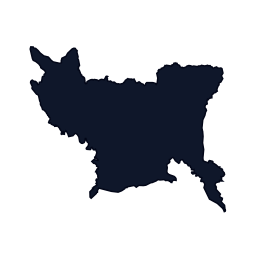 Phunphin, Surat Thani, Thailand (Mercator projection), rotated 96°
{"feature_id": "78962969B67039244737250", "entity_name": "Phunphin", "entity_type": "district", "adm_level": 2, "iso_a3": "THA", "parent_name": "Thailand", "parent_adm1": "Surat Thani", "projection": "mercator", "projection_center": [99.13, 9.024], "detail": "fine", "context": "isolated", "style": "filled", "palette": "ink", "viewbox_px": 256, "rotation_deg": 96, "n_neighbors": 0, "source": "geoboundaries", "source_scale": "gbopen_adm2", "svg_char_len": 5738}
<svg xmlns="http://www.w3.org/2000/svg" viewBox="0 0 256 256"><g transform="rotate(96 128 128)"><path d="M200.7,158.5L201.7,157.3L196.4,152.7L195.4,152.6L195.1,151.7L193.0,151.8L190.8,150.7L192.7,137.9L192.8,131.1L191.1,127.8L188.7,124.9L187.6,124.5L187.3,122.7L186.6,122.6L184.6,116.3L184.7,115.5L186.0,113.6L183.9,111.2L183.6,106.6L183.0,104.3L180.0,99.6L179.7,98.2L177.6,94.4L176.2,92.9L176.3,90.6L175.5,86.5L176.3,85.3L175.9,82.3L176.1,81.4L176.7,81.3L176.7,80.0L177.6,79.6L177.6,78.7L176.1,78.4L175.0,77.1L175.1,74.7L173.5,74.9L172.3,75.7L171.3,77.2L170.1,82.1L168.9,84.2L167.1,84.9L163.4,84.8L160.7,85.6L160.0,85.4L158.2,83.3L157.3,82.9L155.0,83.5L154.6,82.5L153.2,81.4L152.6,80.4L153.1,79.4L155.6,77.5L157.8,73.9L157.2,73.1L155.0,72.8L154.0,71.6L153.8,70.4L156.8,68.1L157.2,65.6L159.2,64.1L159.3,62.1L160.6,61.6L161.4,60.6L162.8,60.5L162.9,59.5L162.4,58.0L165.2,57.6L165.0,59.8L165.5,60.1L166.2,59.9L167.0,58.7L166.0,55.8L166.5,55.3L168.6,55.6L168.7,55.2L167.7,53.1L169.4,51.3L169.7,49.4L173.2,50.1L173.5,49.8L173.5,47.4L174.8,46.3L176.3,45.7L179.4,46.2L190.2,39.5L193.6,31.3L197.7,25.8L199.0,24.6L201.1,23.5L200.7,22.7L200.0,22.5L198.7,22.8L197.2,24.4L197.1,23.4L194.8,23.9L191.9,27.3L191.1,27.6L189.4,26.8L188.0,26.8L187.0,29.4L185.5,29.8L184.1,29.2L179.7,34.1L178.2,33.9L177.4,34.7L176.9,34.3L175.9,35.4L175.2,35.6L173.0,34.7L171.9,31.5L170.7,31.5L171.0,30.6L170.8,28.5L169.9,29.9L169.0,29.5L166.6,30.4L166.7,29.3L165.7,27.9L164.1,27.1L162.4,27.7L161.0,29.3L159.9,29.6L160.0,30.1L159.1,30.1L159.1,30.7L158.3,31.6L158.2,32.8L157.6,33.2L157.2,33.0L157.4,34.0L155.4,36.6L153.7,40.3L152.8,40.0L152.3,40.5L151.9,43.3L152.4,43.4L152.4,44.1L154.2,44.5L153.4,48.1L152.7,49.8L150.0,50.4L141.5,50.5L135.0,52.3L128.5,52.5L123.2,53.5L122.5,54.1L121.8,54.0L120.4,54.5L112.1,54.5L107.4,52.9L104.0,52.5L102.4,51.8L101.0,52.4L99.8,53.6L97.9,53.7L96.5,53.1L96.0,51.9L95.1,51.8L94.0,52.3L91.7,52.1L91.5,51.3L91.1,51.5L91.1,51.1L89.9,50.0L89.2,47.9L88.6,48.3L88.3,47.8L86.8,48.1L85.6,47.6L85.0,46.7L84.4,46.7L83.4,44.4L82.5,44.0L82.0,43.1L80.9,43.6L79.4,43.5L76.8,42.8L75.6,42.0L73.6,42.2L72.6,40.5L69.0,38.9L66.3,40.6L63.5,39.3L59.1,40.8L58.6,41.9L59.0,43.1L58.9,45.5L58.0,46.2L58.9,48.3L59.9,49.5L58.4,50.9L58.6,51.6L57.4,52.8L57.7,54.7L57.3,55.3L58.3,58.1L58.0,61.5L58.7,62.3L59.0,64.5L59.5,64.6L59.7,65.6L59.5,69.1L60.1,70.9L59.6,71.9L59.5,74.0L60.3,75.9L61.4,76.8L62.5,79.4L62.0,80.0L62.3,80.6L61.9,82.3L61.2,83.0L60.4,83.2L59.6,85.6L58.7,85.9L58.9,86.7L58.4,87.1L58.9,87.4L58.5,88.1L58.8,89.1L60.0,89.4L60.7,90.7L60.9,90.4L61.8,91.1L61.6,96.4L62.2,97.5L62.1,97.8L63.4,98.2L65.1,100.4L65.1,101.0L65.7,101.1L66.4,102.0L66.7,103.4L67.9,104.0L68.4,103.6L68.6,103.9L69.4,103.8L70.6,105.1L75.2,103.6L80.1,103.7L81.7,104.5L80.7,105.6L80.3,108.0L80.9,114.1L82.0,115.0L83.4,115.1L84.1,116.2L82.9,117.5L82.4,119.5L81.0,121.5L81.2,122.5L82.2,123.3L82.2,124.8L78.7,127.1L79.3,128.1L79.0,129.4L79.5,129.6L79.1,130.3L79.1,130.8L79.5,131.0L79.1,132.0L79.4,132.4L78.9,133.3L81.0,135.7L83.0,136.3L82.9,136.8L84.2,137.6L85.3,140.7L85.0,142.0L85.4,143.0L85.0,143.7L85.2,144.5L83.9,146.1L84.4,146.8L83.9,147.1L84.2,148.7L83.1,150.2L83.5,151.2L83.4,153.1L82.2,153.7L81.3,153.5L80.6,154.1L79.6,154.1L78.9,153.6L78.7,154.5L79.1,155.3L82.5,156.6L82.4,159.5L82.9,160.7L84.1,162.1L83.4,164.0L83.3,166.8L83.9,167.7L83.5,168.7L84.0,170.3L85.8,173.1L86.3,173.6L87.8,173.7L88.4,174.6L87.8,175.4L87.1,175.4L86.9,175.9L85.7,175.8L82.9,176.5L82.2,177.2L82.3,177.9L81.6,178.1L81.1,179.6L80.2,179.6L79.8,180.4L75.5,182.6L75.2,183.6L74.6,183.4L73.9,183.8L73.4,183.4L72.3,183.8L71.2,182.8L70.7,182.8L65.5,184.4L64.1,185.3L62.4,185.1L58.1,186.7L56.3,186.7L55.6,187.9L54.4,188.7L54.3,190.1L55.1,191.7L59.9,195.8L63.1,197.1L65.5,201.0L68.1,201.4L69.8,201.1L70.5,201.7L70.8,202.9L70.1,209.3L68.7,211.5L65.8,214.6L65.1,219.3L62.6,223.2L60.3,225.6L58.5,228.1L58.3,230.3L57.3,230.8L57.5,233.2L59.7,233.5L68.9,230.3L70.6,229.3L71.5,226.7L73.6,223.4L75.8,221.4L77.2,221.0L79.5,217.0L80.9,215.9L82.4,215.8L83.4,217.0L85.3,216.8L85.6,218.0L86.2,218.5L91.2,218.8L91.8,220.9L93.4,221.0L94.0,221.5L94.2,222.3L92.5,223.2L91.6,224.4L91.2,225.5L91.7,226.2L90.4,228.1L90.8,228.9L91.9,229.6L93.1,229.6L93.2,229.1L93.9,229.2L96.9,227.4L98.4,227.7L99.1,227.3L103.9,222.5L104.1,221.3L105.5,220.2L110.4,218.6L111.5,217.8L113.9,217.5L116.7,215.6L118.2,215.1L118.7,214.5L118.9,213.4L121.4,210.5L122.0,210.5L122.7,209.6L123.8,209.1L124.1,208.3L125.1,208.0L125.9,206.8L127.4,206.2L129.3,207.2L130.9,207.5L131.4,206.8L131.1,205.4L132.2,204.7L133.3,201.5L134.0,201.1L133.8,200.2L133.0,200.1L133.7,199.4L133.6,199.0L133.1,199.0L133.2,198.5L135.1,196.3L136.7,195.3L137.9,194.0L139.0,193.6L140.9,193.9L141.3,193.2L140.8,192.4L138.8,192.8L138.2,192.2L138.7,191.5L140.9,191.2L140.9,190.6L139.2,190.7L137.2,189.6L137.8,188.8L140.0,187.3L142.7,186.0L141.4,182.0L138.9,180.1L139.0,179.1L139.7,177.8L141.9,176.0L146.7,174.6L148.0,172.8L148.0,171.6L147.0,170.1L145.1,169.4L142.9,169.4L142.8,168.8L146.0,167.2L147.0,165.8L147.9,165.5L149.8,165.7L152.5,167.4L153.2,167.2L153.5,166.6L153.4,163.2L152.9,162.8L151.3,162.6L151.0,161.8L153.2,160.2L153.3,159.2L152.5,158.1L154.9,156.8L155.8,156.4L159.5,157.2L160.5,158.1L161.5,157.8L161.5,157.3L160.9,157.0L161.1,156.4L163.0,154.3L163.8,154.1L162.8,155.0L163.4,155.5L162.9,158.5L165.0,160.5L166.7,158.5L166.8,156.6L167.2,156.5L168.0,155.4L169.3,155.2L169.6,154.1L170.4,153.6L171.7,153.3L171.8,154.3L174.9,155.6L175.1,154.5L175.7,154.7L178.3,153.0L180.0,152.9L180.4,152.4L181.1,152.3L182.0,152.7L182.1,154.0L183.3,154.4L183.9,153.6L184.9,153.8L185.7,153.3L186.3,153.8L186.4,153.3L187.0,153.5L187.2,153.0L187.9,152.8L190.4,156.1L191.5,156.2L191.5,156.6L192.1,156.4L192.0,156.9L192.4,156.8L195.4,159.2L200.7,158.5Z" fill="#0f172a" stroke="#020617" stroke-width="1.5"/></g></svg>